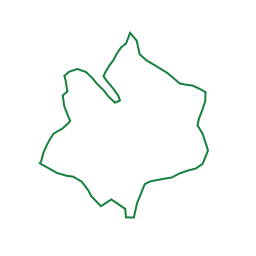 outline of Kalopsida, Cyprus, rotated 214°
{"feature_id": "46923920B75029215318719", "entity_name": "Kalopsida", "entity_type": "district", "adm_level": 2, "iso_a3": "CYP", "parent_name": "Cyprus", "parent_adm1": "", "projection": "mercator", "projection_center": [33.806, 35.103], "detail": "fine", "context": "isolated", "style": "outline", "palette": "green", "viewbox_px": 256, "rotation_deg": 214, "n_neighbors": 0, "source": "geoboundaries", "source_scale": "gbopen_adm2", "svg_char_len": 1052}
<svg xmlns="http://www.w3.org/2000/svg" viewBox="0 0 256 256"><g transform="rotate(214 128 128)"><path d="M106.7,48.0L101.9,59.4L93.5,59.4L85.1,59.4L79.7,52.8L73.1,57.0L78.5,70.9L80.9,82.3L82.7,90.8L79.7,96.2L70.1,105.8L64.1,111.3L59.9,119.1L54.5,126.3L49.1,132.4L46.1,140.2L49.1,154.1L55.1,158.9L62.9,164.9L71.9,169.1L74.3,175.1L76.7,185.4L79.1,193.8L83.9,201.1L90.5,200.5L98.3,199.3L104.3,196.2L110.3,193.8L119.3,195.0L126.5,195.6L140.9,195.0L150.5,194.4L159.5,195.6L169.7,205.3L179.5,208.0L178.4,203.8L176.9,196.8L178.8,191.1L178.8,182.6L178.0,176.0L178.4,169.5L178.0,161.7L177.2,157.1L170.7,154.8L162.6,152.5L154.2,149.4L150.0,146.3L153.0,141.7L161.9,143.2L168.8,145.5L179.2,147.5L185.3,149.4L194.1,150.9L203.0,148.6L208.3,141.7L209.9,135.5L205.7,132.0L198.7,124.3L200.3,118.5L193.0,110.4L184.2,104.3L179.9,101.6L180.3,97.7L182.2,90.4L184.5,86.1L186.5,81.5L186.5,75.7L185.7,68.0L184.2,59.9L181.5,52.2L181.3,49.4L161.9,51.0L152.3,54.0L146.3,57.0L136.1,57.6L125.9,54.0L120.5,51.0L106.7,48.0Z" fill="none" stroke="#15803d" stroke-width="2"/></g></svg>